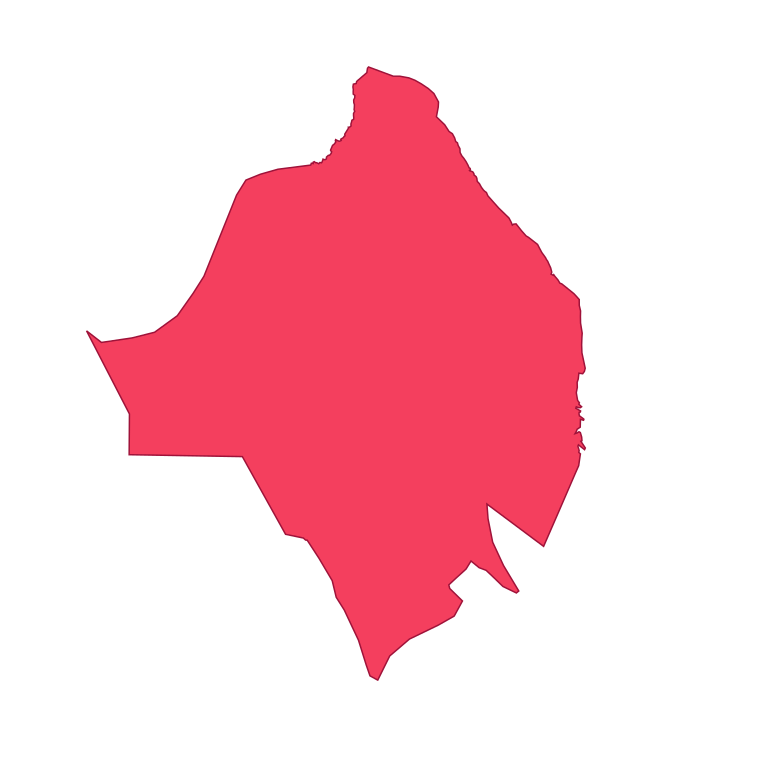 Agwara, Niger, Nigeria (Robinson projection), rotated 317°
{"feature_id": "59680162B64027612781435", "entity_name": "Agwara", "entity_type": "district", "adm_level": 2, "iso_a3": "NGA", "parent_name": "Nigeria", "parent_adm1": "Niger", "projection": "robinson", "projection_center": [4.614, 10.721], "detail": "fine", "context": "isolated", "style": "filled", "palette": "rose", "viewbox_px": 768, "rotation_deg": 317, "n_neighbors": 0, "source": "geoboundaries", "source_scale": "gbopen_adm2", "svg_char_len": 3519}
<svg xmlns="http://www.w3.org/2000/svg" viewBox="0 0 768 768"><g transform="rotate(317 384 384)"><path d="M202.7,142.3L177.4,232.3L149.4,261.9L230.9,340.5L209.5,426.8L220.0,441.7L220.2,444.6L221.3,445.9L217.6,467.1L212.0,492.5L203.6,507.4L200.8,522.2L190.6,554.0L179.4,577.3L174.7,587.9L177.4,596.1L177.5,596.3L202.7,586.8L228.7,587.9L259.4,597.4L277.1,601.6L293.4,596.2L292.6,578.4L294.4,575.1L304.1,575.1L317.8,575.3L326.9,572.8L328.3,583.2L331.6,589.9L332.3,600.9L332.9,613.2L338.3,627.1L341.4,627.3L347.6,598.3L355.6,573.8L368.2,553.5L377.4,542.0L390.0,611.6L424.8,596.5L463.0,579.8L470.7,576.5L479.3,569.6L480.0,569.1L479.9,567.8L479.8,566.9L481.4,565.7L483.4,561.7L484.7,561.1L485.9,568.8L487.1,568.3L487.6,568.1L488.7,561.6L488.9,560.1L490.1,560.5L492.4,557.6L494.5,553.4L494.0,551.9L491.8,551.5L491.4,551.3L489.9,550.6L492.4,549.8L494.4,548.8L498.1,549.4L503.6,543.8L505.4,547.0L505.4,546.9L506.2,545.9L505.3,540.7L505.2,540.6L506.1,539.0L507.4,537.8L508.5,538.4L509.4,537.8L508.0,533.4L507.7,532.6L509.1,531.8L510.1,533.9L511.6,535.3L512.2,535.3L513.0,535.4L512.8,532.6L512.7,531.7L513.6,531.2L514.1,531.0L514.4,528.3L514.5,527.9L518.7,521.5L523.1,518.3L526.4,514.5L529.5,512.8L533.9,509.0L536.3,512.0L539.1,511.5L541.9,509.7L546.1,502.7L550.0,496.2L555.2,490.2L560.4,485.0L563.6,482.0L569.3,473.5L573.7,468.6L577.6,464.6L580.4,459.7L583.7,456.1L584.4,455.4L584.4,454.9L584.5,451.1L584.5,447.4L582.3,432.0L581.4,430.2L582.2,426.5L582.4,421.9L582.7,419.8L581.9,420.0L581.4,418.4L581.1,417.6L583.0,416.6L584.5,413.8L585.0,413.0L586.8,407.6L587.4,406.0L587.7,403.7L588.3,401.8L589.1,395.4L590.5,390.2L591.5,386.7L590.4,379.7L589.7,375.3L588.9,372.6L589.1,365.7L589.8,357.0L587.8,355.5L586.2,355.3L587.3,352.6L588.6,347.9L587.9,333.4L588.1,324.7L588.3,317.2L589.5,313.8L589.1,311.8L589.0,309.9L589.4,306.5L590.4,302.6L590.4,299.8L590.4,299.4L591.8,297.4L592.2,296.9L592.8,295.1L592.4,292.6L593.1,291.7L593.4,290.7L593.6,289.4L593.1,288.2L592.6,287.4L592.2,286.9L592.2,286.1L593.0,286.2L593.3,286.2L593.7,285.7L593.9,285.3L594.0,285.0L593.9,284.4L593.7,283.9L594.7,281.1L595.7,277.2L596.3,273.4L596.5,270.3L597.3,267.4L597.6,266.5L599.6,264.2L600.0,263.7L600.8,260.6L600.8,260.4L601.5,259.0L602.2,257.7L601.8,255.6L603.5,252.2L604.7,247.6L603.8,243.7L605.2,235.7L604.6,225.1L604.6,224.3L612.6,218.4L615.8,215.3L616.2,214.9L618.6,205.6L617.9,198.2L616.0,190.0L613.8,183.0L611.0,177.1L605.5,169.7L600.7,165.2L588.9,141.6L587.3,141.8L585.1,143.5L583.8,144.6L577.2,144.3L573.3,144.2L573.0,144.1L570.3,144.1L568.6,145.3L567.5,144.6L566.1,143.8L563.9,145.5L562.3,147.8L560.9,149.1L559.2,151.0L559.3,151.6L559.5,153.1L558.7,153.8L557.8,154.7L555.5,155.6L553.8,157.6L553.2,158.8L552.9,159.5L550.9,161.5L549.3,162.9L548.7,164.2L548.6,164.6L546.3,165.3L544.7,167.0L543.6,168.5L542.3,169.7L540.4,169.2L539.0,170.2L537.1,171.3L535.9,172.8L534.1,172.7L533.0,171.9L532.7,172.6L525.7,174.5L524.7,175.9L523.7,175.7L522.4,176.1L519.3,175.5L518.8,176.7L518.3,176.6L516.8,175.9L516.1,174.5L515.3,172.3L514.3,172.9L513.9,174.1L511.3,174.6L509.1,174.4L504.4,176.5L504.1,177.4L504.1,177.7L504.1,178.5L503.4,178.8L502.7,179.3L500.2,179.6L499.2,178.8L496.7,178.8L495.4,180.1L493.9,179.7L492.9,178.6L492.8,178.0L490.3,179.3L489.2,179.6L488.2,178.3L486.5,178.4L485.7,176.3L484.9,175.4L484.6,173.8L483.3,173.5L482.6,174.5L481.4,173.0L479.7,173.9L452.9,154.6L436.7,146.3L422.1,140.7L405.0,145.3L325.8,182.4L306.3,187.5L279.4,193.1L251.5,189.7L231.2,178.5L205.7,160.9L202.7,142.3Z" fill="#f43f5e" stroke="#9f1239" stroke-width="1.5"/></g></svg>